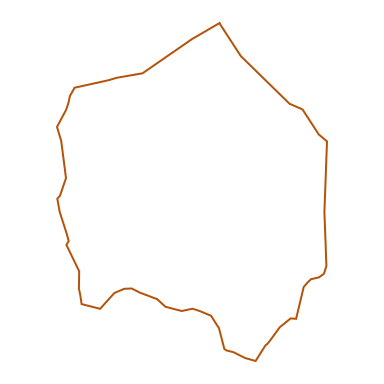 outline of Ikot Ekpene, Akwa Ibom, Nigeria
{"feature_id": "59680162B36804655757784", "entity_name": "Ikot Ekpene", "entity_type": "district", "adm_level": 2, "iso_a3": "NGA", "parent_name": "Nigeria", "parent_adm1": "Akwa Ibom", "projection": "albers", "projection_center": [7.709, 5.2], "detail": "fine", "context": "isolated", "style": "outline", "palette": "amber", "viewbox_px": 384, "rotation_deg": 0, "n_neighbors": 0, "source": "geoboundaries", "source_scale": "gbopen_adm2", "svg_char_len": 915}
<svg xmlns="http://www.w3.org/2000/svg" viewBox="0 0 384 384"><path d="M290.6,318.4L296.1,318.8L303.7,287.0L307.0,283.1L311.0,279.2L318.9,277.4L323.9,273.8L326.4,266.0L326.0,255.5L325.7,246.4L325.5,240.9L324.4,212.2L327.0,141.4L318.8,134.5L302.5,109.4L289.6,103.8L240.8,56.1L220.4,24.7L219.6,23.0L192.1,39.0L142.5,73.3L116.6,77.8L109.0,80.1L74.6,87.7L69.9,96.1L68.4,103.1L66.0,110.1L65.8,110.4L57.0,126.9L61.2,140.9L62.6,151.7L66.0,178.1L60.0,195.7L57.3,198.7L59.7,211.9L66.7,233.7L68.7,241.1L66.4,244.9L79.2,271.3L78.9,288.6L80.3,295.2L81.6,304.1L100.1,308.8L114.4,293.0L124.2,288.8L131.7,288.5L139.8,292.6L157.2,299.2L165.5,306.8L181.7,311.0L192.6,308.7L199.9,311.1L211.1,315.8L217.2,325.5L218.9,327.9L224.3,348.8L226.1,350.3L233.8,352.3L239.8,355.4L245.3,358.1L249.3,359.2L255.6,361.0L265.5,345.3L267.2,344.1L271.0,339.3L279.8,327.2L283.8,324.0L290.6,318.4Z" fill="none" stroke="#b45309" stroke-width="2"/></svg>